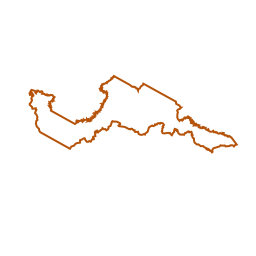 the district of Porto Velho, Rondônia, Brazil, rotated 209°
{"feature_id": "56859067B40416427449951", "entity_name": "Porto Velho", "entity_type": "district", "adm_level": 2, "iso_a3": "BRA", "parent_name": "Brazil", "parent_adm1": "Rondônia", "projection": "orthographic", "projection_center": [-64.369, -8.988], "detail": "fine", "context": "isolated", "style": "outline", "palette": "amber", "viewbox_px": 256, "rotation_deg": 209, "n_neighbors": 0, "source": "geoboundaries", "source_scale": "gbopen_adm2", "svg_char_len": 5961}
<svg xmlns="http://www.w3.org/2000/svg" viewBox="0 0 256 256"><g transform="rotate(209 128 128)"><path d="M229.7,109.4L228.6,110.3L229.2,112.2L226.7,110.9L226.4,110.2L227.2,108.8L226.7,106.6L225.9,106.4L225.4,105.6L225.2,103.4L225.7,101.6L225.2,100.6L222.4,100.0L220.9,98.5L218.2,100.5L217.6,99.3L217.0,99.4L216.6,96.0L214.8,95.4L212.6,93.8L212.1,92.1L211.1,91.2L211.6,89.6L210.7,87.2L208.4,85.0L205.4,84.1L204.4,82.7L202.8,81.8L168.7,81.7L168.6,84.2L166.6,86.5L166.4,88.4L165.4,90.0L162.9,91.9L164.0,94.2L163.0,95.1L161.7,97.5L160.9,98.0L159.4,96.8L157.3,96.0L156.2,96.6L155.5,97.8L154.0,97.9L154.0,100.5L152.5,101.5L152.5,102.0L154.0,102.7L154.2,103.5L152.6,105.1L154.0,106.9L153.9,107.9L155.0,108.4L154.9,109.1L153.9,110.6L152.7,109.4L152.1,109.5L151.9,111.0L151.3,111.4L150.7,113.3L149.9,114.5L150.2,115.5L148.4,115.3L147.2,116.1L145.8,115.5L145.6,115.8L145.0,116.7L144.9,118.3L145.6,119.6L144.3,121.3L145.1,126.0L144.7,126.6L143.6,126.7L140.9,128.1L137.4,128.3L136.7,127.6L137.5,125.5L136.8,125.2L131.3,127.4L126.6,127.5L125.8,128.1L125.3,128.0L124.9,128.9L123.9,129.3L122.5,128.8L121.1,129.2L120.6,128.2L119.9,128.0L117.4,129.5L115.7,127.9L113.5,128.2L112.1,129.1L111.1,130.5L110.0,130.5L110.1,131.9L109.0,134.2L109.9,138.6L109.2,140.2L108.0,141.9L106.9,141.9L106.3,142.5L105.7,143.5L106.1,144.2L104.5,145.0L104.7,145.7L103.9,146.9L102.2,147.2L102.3,148.0L101.9,148.3L99.9,149.0L98.0,148.1L98.5,146.2L97.5,145.7L97.8,144.3L96.9,142.7L96.9,141.6L95.2,140.3L93.5,140.9L90.5,143.3L89.3,143.4L88.9,144.0L87.5,143.2L86.1,143.0L86.2,145.5L85.7,146.9L86.3,147.8L86.7,149.9L85.7,150.1L85.2,149.6L84.8,150.2L84.1,150.2L83.6,150.1L83.5,149.0L82.8,149.0L81.3,147.9L79.4,147.5L77.4,148.4L77.0,149.0L75.7,149.2L75.6,151.5L74.9,151.8L73.7,154.2L72.5,153.9L72.2,154.6L71.6,154.5L70.7,155.4L69.5,154.3L69.1,152.9L68.1,153.0L68.2,152.2L66.6,150.9L65.2,150.8L64.3,149.1L62.6,147.5L59.7,147.0L58.5,147.8L55.6,147.4L53.4,148.6L52.0,148.2L50.2,148.3L49.1,147.5L48.1,147.6L48.4,148.5L47.4,148.7L46.8,147.9L45.8,148.3L45.3,147.8L44.3,148.2L42.8,147.4L42.5,148.0L43.6,149.6L43.5,151.6L39.0,156.3L38.7,157.7L37.1,158.2L34.9,159.6L33.8,159.2L30.4,161.5L30.1,162.4L28.6,163.4L27.1,163.6L26.4,163.3L26.1,165.0L24.9,166.2L33.1,169.9L33.9,169.7L35.2,170.2L36.1,169.1L36.6,169.4L36.9,168.9L37.5,169.3L38.2,168.9L39.0,169.2L39.6,168.5L40.8,169.0L40.9,168.6L41.7,168.4L42.2,168.7L42.1,169.9L42.7,169.7L42.3,169.3L43.1,168.3L45.1,168.3L45.7,167.1L47.1,166.8L48.4,167.3L48.8,166.6L49.9,166.8L50.6,166.0L52.1,166.9L52.5,166.2L52.9,166.3L52.4,165.9L52.6,165.5L54.5,164.6L56.8,164.6L56.8,165.6L57.2,165.9L57.7,165.0L57.4,164.8L58.2,164.5L59.7,164.7L60.2,165.8L61.3,165.0L62.2,165.6L62.9,165.3L62.4,164.8L62.8,163.9L63.8,163.4L64.4,163.7L64.9,163.1L65.7,163.7L66.6,163.0L67.5,163.8L67.2,164.9L68.4,164.7L69.6,163.1L70.3,163.3L69.7,163.9L70.5,164.8L71.1,164.4L71.2,162.5L71.6,162.2L71.6,163.3L72.8,164.4L73.5,163.3L75.4,162.9L75.7,163.7L74.4,163.6L74.8,164.7L74.3,165.5L75.3,165.7L75.3,165.2L76.2,164.3L77.3,165.0L77.0,165.8L77.8,165.5L78.1,166.9L79.3,166.3L79.5,167.1L81.2,167.2L81.4,166.8L81.0,165.6L82.1,165.3L82.4,164.3L83.3,164.8L83.7,164.5L83.8,161.9L84.6,161.8L84.5,160.9L85.1,161.2L86.2,160.4L86.4,159.2L88.5,159.9L90.0,161.1L91.6,164.2L91.9,165.8L93.4,167.0L93.4,168.1L91.9,170.0L91.4,171.7L92.1,171.4L93.9,172.6L97.6,172.5L98.9,174.3L136.1,174.2L135.8,172.8L136.9,170.6L136.9,168.2L137.9,167.1L137.4,165.7L139.1,167.0L139.9,166.6L141.3,167.3L142.3,166.7L143.0,167.0L144.2,166.1L147.6,166.6L165.6,166.6L165.8,165.6L165.4,165.2L166.2,164.4L165.8,163.6L166.6,163.2L166.2,162.7L166.6,161.3L167.6,160.0L167.6,159.2L168.6,158.3L168.3,157.1L168.9,157.1L170.0,155.2L170.7,155.0L171.3,153.5L171.4,153.9L171.8,153.7L171.7,153.0L171.2,152.7L171.8,151.7L170.9,151.2L171.5,150.9L171.5,149.8L171.0,148.9L171.5,148.6L171.1,148.3L170.4,148.9L170.6,148.1L170.3,147.4L169.7,147.5L169.6,148.0L168.6,147.8L168.6,148.5L167.6,147.8L167.6,148.4L166.6,148.7L166.1,148.6L166.5,148.2L166.0,147.5L165.4,148.5L164.9,148.4L164.5,149.4L163.9,148.8L163.3,148.8L162.9,147.9L163.4,147.6L162.6,147.2L162.8,146.8L162.2,146.5L161.9,145.5L161.1,145.7L161.9,145.1L161.4,145.2L161.6,144.1L160.9,143.6L161.7,142.0L161.4,141.6L162.2,141.3L162.1,140.3L161.7,140.6L161.0,140.0L161.4,139.0L161.8,139.0L161.5,137.7L162.1,137.1L161.3,137.3L161.1,136.8L161.1,135.8L161.8,135.5L160.7,134.3L161.6,133.8L160.8,133.3L161.6,131.7L160.7,130.8L161.2,130.4L160.9,129.9L161.1,129.1L161.8,129.2L161.9,128.7L161.3,128.3L162.1,127.9L162.0,127.2L162.5,127.7L163.0,127.1L162.8,126.6L163.7,126.5L162.6,125.6L163.9,125.0L163.2,124.8L163.4,124.0L163.0,123.6L164.0,123.4L162.7,122.7L163.2,122.1L162.8,121.8L163.7,121.4L162.8,121.1L163.1,120.4L163.7,121.0L165.0,119.6L164.1,119.4L164.8,118.3L164.1,118.3L163.9,117.8L164.3,117.5L164.4,118.1L164.7,117.9L164.7,116.5L165.6,116.3L165.2,115.5L164.5,115.6L164.7,115.3L165.2,115.1L165.8,115.4L166.4,114.7L166.3,115.4L167.3,115.1L167.7,115.6L167.1,115.8L167.2,116.3L167.6,115.8L168.3,116.0L167.9,115.2L169.9,114.1L170.3,112.8L170.6,113.1L170.4,113.4L171.2,113.8L171.1,111.5L172.6,112.3L173.5,110.7L176.5,109.7L176.5,109.0L174.8,108.5L175.6,107.8L176.3,105.8L204.7,105.8L203.8,106.1L203.8,106.7L205.1,107.6L205.1,108.6L205.5,108.5L205.5,109.1L206.0,109.3L206.5,108.4L207.1,108.7L206.6,108.8L207.3,109.3L206.5,110.2L206.9,110.5L207.1,110.0L208.4,110.8L207.7,111.2L207.8,111.7L208.7,111.9L209.0,112.2L208.4,112.2L208.5,112.7L209.5,112.9L208.8,113.0L208.1,114.4L207.4,114.5L207.8,115.1L207.6,116.0L206.9,115.8L207.5,115.5L207.3,115.3L206.6,115.6L207.8,117.3L207.2,117.7L207.6,118.5L207.3,119.4L208.8,119.5L209.9,120.1L211.8,119.4L212.2,118.5L213.4,118.4L213.6,117.6L214.5,117.3L215.2,117.9L215.4,117.2L216.4,116.9L217.6,117.3L219.7,116.3L219.9,117.7L220.7,118.3L221.7,118.1L222.2,116.7L224.9,117.1L225.3,116.8L224.8,116.3L225.0,115.7L225.5,115.1L225.3,113.8L226.3,114.1L226.3,115.0L226.9,115.4L230.8,114.6L231.1,113.4L230.8,112.8L231.0,110.7L229.7,109.4Z" fill="none" stroke="#b45309" stroke-width="2"/></g></svg>